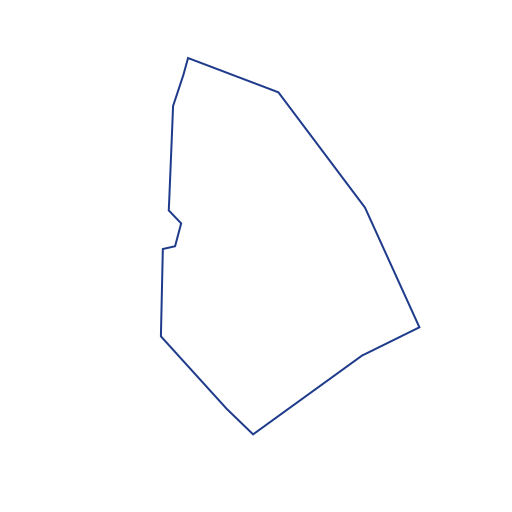 outline of Polystypos, Nicosia, Cyprus, rotated 37°
{"feature_id": "46923920B95687331058871", "entity_name": "Polystypos", "entity_type": "district", "adm_level": 2, "iso_a3": "CYP", "parent_name": "Cyprus", "parent_adm1": "Nicosia", "projection": "robinson", "projection_center": [33.013, 34.938], "detail": "fine", "context": "isolated", "style": "outline", "palette": "blue", "viewbox_px": 512, "rotation_deg": 37, "n_neighbors": 0, "source": "geoboundaries", "source_scale": "gbopen_adm2", "svg_char_len": 388}
<svg xmlns="http://www.w3.org/2000/svg" viewBox="0 0 512 512"><g transform="rotate(37 256 256)"><path d="M429.4,214.6L314.0,151.8L175.4,111.8L82.6,138.8L89.1,155.3L94.4,171.0L96.5,177.2L99.5,186.1L111.7,203.7L151.9,261.9L158.9,272.1L176.6,275.0L185.5,296.9L177.4,306.5L228.4,377.4L324.5,395.7L361.0,400.2L400.6,271.7L429.4,214.6Z" fill="none" stroke="#1e3a8a" stroke-width="2"/></g></svg>